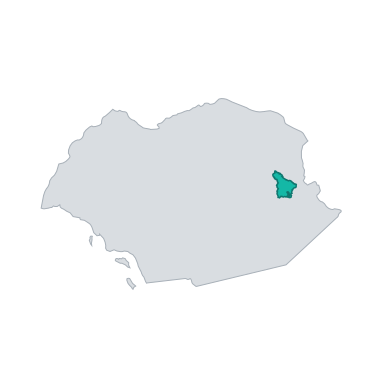 Bukombe, Geita, United Republic of Tanzania (highlighted), rotated 137°
{"feature_id": "72390352B18842274411831", "entity_name": "Bukombe", "entity_type": "district", "adm_level": 2, "iso_a3": "TZA", "parent_name": "United Republic of Tanzania", "parent_adm1": "Geita", "projection": "albers", "projection_center": [31.534, -3.788], "detail": "fine", "context": "in_parent", "style": "filled", "palette": "teal", "viewbox_px": 384, "rotation_deg": 137, "n_neighbors": 0, "source": "geoboundaries", "source_scale": "gbopen_adm2", "svg_char_len": 7846}
<svg xmlns="http://www.w3.org/2000/svg" viewBox="0 0 384 384"><g transform="rotate(137 192 192)"><path d="M149.3,259.0L145.7,257.1L142.5,256.0L139.8,254.7L138.7,253.5L136.2,253.0L134.0,252.8L132.1,251.7L128.0,251.2L127.5,250.5L127.5,248.8L126.8,248.3L125.3,247.9L123.7,247.9L122.7,248.2L122.1,248.1L120.8,247.1L119.6,245.8L119.1,243.8L117.2,242.5L115.1,241.5L109.1,241.6L108.2,241.2L106.7,240.2L105.1,238.5L103.7,236.6L102.6,234.0L101.3,230.5L94.5,216.3L93.8,213.7L92.4,210.7L90.2,207.1L87.9,204.4L84.7,201.9L81.2,199.5L79.2,197.9L75.5,191.2L74.7,188.1L74.2,184.9L74.4,183.6L76.7,179.4L76.9,178.2L76.6,176.7L75.5,173.4L74.1,169.3L71.1,162.0L70.7,160.2L70.7,158.8L72.4,151.3L72.4,150.3L79.3,150.4L84.3,147.1L88.7,142.3L89.6,140.2L91.3,137.1L93.1,135.5L93.8,134.5L94.8,131.3L97.1,129.2L99.3,127.6L98.8,126.4L99.2,126.0L100.4,125.2L102.8,124.4L103.2,122.8L103.2,120.9L102.8,119.9L102.9,118.7L102.5,118.1L101.0,117.9L98.7,117.0L96.7,116.6L95.4,116.1L94.9,115.6L94.7,114.5L95.8,111.7L94.7,110.5L97.1,105.8L97.6,105.2L98.4,105.1L99.8,104.6L101.1,104.4L102.1,104.6L102.9,104.4L103.6,103.9L104.2,102.3L104.6,99.6L104.4,97.4L103.4,95.7L103.1,93.1L103.6,89.7L103.2,86.8L102.1,84.5L101.0,83.2L99.2,82.5L96.5,79.0L95.7,77.4L95.8,76.3L96.8,75.8L98.5,76.0L100.1,75.6L101.7,74.6L103.1,74.4L103.9,74.5L172.9,74.6L253.1,119.9L253.5,120.4L254.1,124.3L253.9,125.6L252.7,127.8L252.3,129.0L252.3,129.8L252.6,130.1L253.6,130.2L254.5,130.7L254.9,131.2L255.5,132.8L256.4,133.7L286.7,156.0L287.4,156.3L287.0,158.2L285.2,162.6L285.1,164.5L284.4,166.7L283.7,168.1L281.9,174.4L280.5,176.8L278.4,182.3L278.0,186.5L279.1,189.5L279.5,192.2L281.8,195.0L283.7,196.0L285.0,197.2L287.2,200.1L288.4,202.9L292.5,204.4L294.1,207.6L293.5,209.8L291.6,211.6L289.8,214.5L288.3,218.3L288.3,224.3L289.2,223.4L291.3,224.8L291.6,229.2L289.3,234.2L288.6,236.6L288.5,238.6L290.0,244.7L292.4,247.8L292.2,248.8L291.6,249.6L295.7,255.1L295.3,259.8L296.8,263.5L297.5,266.7L298.5,269.2L298.6,270.9L297.4,272.8L300.4,273.3L302.1,274.8L302.9,276.3L305.1,276.3L306.3,277.3L308.0,278.1L311.7,280.6L312.7,281.9L313.3,283.1L302.9,290.7L299.2,292.7L296.5,293.6L293.6,294.1L290.9,295.3L288.4,297.2L285.1,298.1L281.1,298.1L276.9,299.4L270.3,303.3L266.4,301.1L263.4,300.4L260.0,300.4L257.9,300.7L257.1,301.1L256.4,302.5L255.9,304.7L253.6,306.9L249.6,308.9L245.9,309.6L242.6,309.1L240.3,308.2L239.1,307.0L237.4,306.5L235.1,306.5L232.8,307.4L230.7,309.0L227.4,309.6L222.7,309.4L220.2,308.6L219.9,307.3L217.9,305.7L214.2,303.9L211.5,303.8L209.7,305.5L208.1,306.6L206.6,307.1L205.3,307.1L203.5,306.6L198.3,306.4L193.5,306.5L193.0,304.0L192.0,302.4L191.1,301.5L189.5,301.3L189.0,300.6L188.5,299.1L187.6,297.7L186.5,296.6L185.9,295.6L185.7,294.7L185.9,293.6L186.9,291.1L187.2,289.3L187.1,287.5L186.6,285.7L185.4,283.5L185.5,282.9L185.2,281.4L185.1,280.3L185.3,279.0L185.1,277.3L184.2,273.6L184.2,272.7L183.1,270.9L179.9,266.7L179.8,266.1L174.7,261.9L172.7,261.0L172.0,261.8L171.7,262.5L171.9,263.8L171.8,264.5L171.5,264.8L170.3,264.8L169.6,264.6L167.7,263.5L166.2,263.2L162.5,263.4L161.2,263.7L160.2,263.4L158.2,261.4L155.9,261.0L153.8,260.9L150.4,258.7L149.3,259.0ZM293.1,188.9L294.8,193.6L294.6,194.5L293.4,195.0L292.8,195.0L292.0,194.3L291.5,192.7L290.6,193.1L289.1,191.2L287.6,191.1L286.3,188.8L286.8,186.9L286.5,183.5L288.2,181.8L289.1,178.9L290.2,180.9L290.4,184.0L291.8,187.6L293.1,188.9ZM301.5,161.1L301.6,162.2L301.2,163.3L301.3,166.6L301.1,168.8L299.9,171.8L298.8,172.9L297.9,172.6L297.2,172.1L296.6,171.2L297.8,165.7L297.3,161.6L299.6,162.0L301.5,161.1ZM297.5,228.5L296.3,228.8L295.8,228.5L295.1,227.6L296.4,226.8L297.6,225.3L300.5,223.1L301.8,221.3L301.6,223.1L300.0,226.8L298.6,227.1L297.5,228.5Z" fill="#d9dde1" stroke="#a8b0b8" stroke-width="1"/><path d="M125.7,123.3L125.3,123.5L125.0,123.8L124.6,123.9L124.5,124.0L124.2,124.1L123.7,124.6L123.3,124.8L123.2,124.9L123.3,125.0L123.2,125.1L123.0,125.3L122.9,125.4L122.9,125.7L122.8,126.1L122.8,126.3L122.9,126.5L122.9,126.8L122.6,127.0L122.5,126.9L122.2,127.1L121.9,126.9L121.8,126.7L121.7,126.6L121.8,126.4L121.7,126.3L121.7,126.0L121.6,125.9L121.6,125.7L121.8,125.4L121.7,125.3L121.8,125.1L122.0,124.9L122.0,124.7L122.2,124.4L122.3,124.2L122.6,123.7L122.7,123.4L122.8,123.2L123.0,123.0L123.4,122.9L123.5,122.9L123.8,122.8L123.8,122.7L124.1,122.7L124.7,122.5L124.9,122.4L124.9,122.2L124.9,121.9L124.7,121.5L124.4,121.4L123.9,120.9L123.3,120.8L122.9,120.7L122.8,120.8L122.1,121.5L121.8,121.6L121.7,121.6L121.6,122.0L121.5,122.3L121.6,122.5L121.0,123.1L120.8,123.3L120.7,123.3L119.7,122.9L119.6,123.2L119.6,123.3L119.5,123.5L119.3,123.9L119.0,124.1L118.7,124.3L118.2,124.5L117.9,124.7L117.6,125.1L117.5,125.3L117.4,125.3L117.4,125.1L117.0,124.9L116.9,124.9L116.7,125.0L116.4,125.3L116.2,125.3L115.4,125.4L114.7,125.4L114.3,125.3L113.9,125.1L113.7,124.9L113.3,124.7L113.1,124.6L112.9,124.6L112.6,124.7L112.2,124.9L110.8,126.3L110.7,126.3L110.6,126.6L110.8,126.8L110.9,127.0L111.0,127.1L111.0,127.4L111.1,127.5L111.4,127.6L111.6,127.7L111.7,128.0L111.6,128.3L111.9,128.6L112.0,128.8L112.0,129.1L111.7,129.3L111.7,129.5L111.8,129.8L112.0,130.0L112.0,130.3L112.0,130.7L112.0,130.8L112.2,131.1L112.0,131.4L112.0,131.6L112.0,132.0L112.1,132.4L112.3,132.6L112.3,132.8L112.3,133.0L112.4,133.3L112.5,133.5L112.8,133.9L113.1,134.1L113.4,134.3L113.8,134.4L113.8,134.6L114.0,134.9L114.3,135.3L114.3,135.9L114.5,136.1L114.5,136.3L114.8,136.5L115.0,136.9L114.9,137.0L115.0,137.1L115.1,137.3L115.1,137.5L115.1,137.9L115.1,138.1L115.3,138.5L115.4,139.0L115.6,139.4L115.6,139.5L115.7,139.8L115.7,140.0L115.6,140.3L115.6,140.6L115.7,140.8L115.5,141.1L115.4,141.2L115.4,141.3L115.3,141.2L115.2,141.2L115.2,141.3L115.2,141.6L115.3,141.7L115.2,141.7L115.0,141.8L115.0,142.0L114.9,142.2L115.0,142.4L114.9,142.5L114.8,142.8L114.7,143.0L114.6,143.3L114.6,143.5L114.8,143.8L114.8,144.0L115.0,144.2L114.9,144.3L114.9,144.5L115.0,144.8L114.9,145.1L115.0,145.1L115.0,145.3L115.2,145.5L115.3,145.4L115.5,145.5L115.3,145.7L115.3,145.8L115.5,145.8L115.4,145.9L115.4,146.0L115.4,146.3L115.4,146.5L115.4,146.8L115.5,147.0L115.9,147.2L115.9,147.3L116.0,147.3L116.0,147.5L116.1,147.8L116.5,148.3L116.5,148.5L116.4,148.7L116.6,149.0L116.5,149.5L116.5,149.9L116.7,150.1L116.7,150.3L116.7,150.5L116.8,150.6L117.1,150.4L117.3,150.4L117.5,150.4L117.5,150.5L117.7,150.4L118.0,150.0L118.2,149.8L118.2,149.6L118.3,149.4L118.5,149.4L119.4,149.7L119.8,149.7L120.1,149.8L120.3,149.8L120.5,149.8L120.6,149.7L120.8,149.7L121.0,149.6L121.5,148.9L121.7,148.7L121.8,148.3L121.9,148.1L122.1,147.4L122.0,147.2L121.8,147.1L121.7,146.5L121.8,146.4L121.9,146.5L122.0,146.5L122.1,146.4L122.3,145.9L122.2,145.9L122.0,145.7L122.3,145.4L122.3,145.2L122.3,144.9L122.2,144.4L122.0,144.2L122.0,143.7L121.9,143.7L121.5,143.6L121.3,143.3L121.4,143.1L121.6,142.9L121.6,142.7L121.8,142.2L122.1,141.8L122.3,141.7L122.4,141.3L122.6,141.0L122.5,140.8L122.7,140.5L122.7,140.4L122.7,140.2L122.8,140.2L123.0,139.8L123.3,139.8L123.4,139.7L123.7,139.7L123.9,139.6L124.0,139.6L124.1,139.4L124.3,139.4L124.6,139.3L124.8,139.4L125.6,139.2L125.7,138.8L125.7,138.6L125.8,138.6L125.9,138.4L126.0,138.1L126.2,137.8L126.4,137.7L126.3,137.4L126.5,137.2L126.6,136.8L126.6,136.7L126.7,136.3L126.6,136.1L126.6,135.8L126.6,135.6L127.4,135.3L127.8,135.3L128.0,135.2L128.3,135.0L128.6,134.8L129.0,134.7L129.3,134.7L129.4,134.4L129.4,134.0L129.4,133.8L129.6,133.8L129.6,133.7L130.3,133.3L130.8,132.9L131.0,132.7L131.0,132.4L131.0,132.2L131.3,132.0L131.3,131.9L131.3,131.7L131.5,131.3L131.7,130.7L131.8,130.3L132.2,129.9L132.7,129.4L132.2,129.0L132.2,128.8L132.2,128.5L132.2,128.2L131.5,128.0L131.1,128.1L130.8,128.2L130.0,128.2L129.9,128.2L129.7,127.6L129.2,127.5L129.1,127.3L129.0,127.1L129.0,126.6L128.9,126.4L128.6,126.0L128.4,125.9L128.2,125.8L127.6,125.7L127.4,125.6L127.2,125.2L127.0,124.9L126.8,124.5L126.7,124.3L126.1,124.4L125.9,124.2L125.9,123.9L125.8,123.5L125.7,123.3Z" fill="#14b8a6" stroke="#0f766e" stroke-width="1.5"/></g></svg>